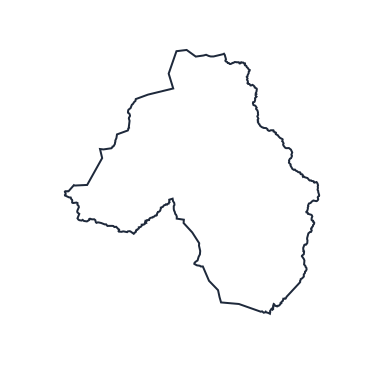 Machaze, Manica, Mozambique, rotated 253°
{"feature_id": "85939544B88211826741163", "entity_name": "Machaze", "entity_type": "district", "adm_level": 2, "iso_a3": "MOZ", "parent_name": "Mozambique", "parent_adm1": "Manica", "projection": "natural_earth1", "projection_center": [33.202, -20.936], "detail": "fine", "context": "isolated", "style": "outline", "palette": "slate", "viewbox_px": 384, "rotation_deg": 253, "n_neighbors": 0, "source": "geoboundaries", "source_scale": "gbopen_adm2", "svg_char_len": 6048}
<svg xmlns="http://www.w3.org/2000/svg" viewBox="0 0 384 384"><g transform="rotate(253 192 192)"><path d="M229.4,70.5L227.3,70.7L226.6,70.4L226.3,69.6L225.8,69.5L222.7,73.0L222.2,74.4L220.3,74.5L219.6,75.0L218.9,75.0L217.0,74.3L216.6,74.5L216.2,75.2L215.7,78.4L214.9,79.3L213.4,78.7L212.1,79.4L210.6,79.4L207.9,77.1L206.8,76.5L205.9,76.5L204.0,77.8L200.3,74.8L198.8,75.3L198.0,76.0L197.0,78.0L197.3,79.3L196.3,79.8L195.8,80.4L194.6,82.9L195.3,85.6L196.1,85.7L196.3,86.2L196.2,86.8L195.1,88.3L194.5,90.5L193.4,91.3L191.1,91.2L190.4,91.7L190.5,93.1L190.2,93.8L188.9,96.1L186.5,99.1L186.2,100.4L184.3,101.2L183.0,105.7L182.4,106.9L181.2,107.5L180.9,109.3L177.9,110.8L177.6,111.2L177.1,111.3L176.0,110.3L175.5,110.5L174.5,113.1L174.5,114.4L174.3,115.1L172.6,118.2L173.1,119.1L172.8,120.8L172.3,121.6L169.3,123.9L169.5,124.1L169.3,124.7L170.0,125.2L170.1,126.3L170.7,126.9L171.4,127.1L172.1,127.9L171.8,128.7L172.3,129.3L172.7,130.5L173.8,130.8L173.6,132.1L173.9,133.4L174.9,134.2L174.9,134.7L175.4,134.6L175.0,136.8L175.7,138.4L175.8,139.2L176.6,139.0L176.3,138.6L176.5,138.1L178.1,139.1L177.6,140.2L177.7,140.6L178.2,140.5L178.3,140.8L177.9,141.7L178.1,142.2L177.8,142.8L178.9,143.5L179.3,144.3L179.4,145.9L179.1,146.8L179.6,147.4L179.5,148.5L180.3,150.1L179.9,150.7L180.0,151.5L181.9,152.5L182.1,153.0L182.9,153.6L182.8,154.6L183.1,155.6L183.8,156.4L184.7,156.8L185.9,158.0L186.2,157.9L186.4,160.0L187.3,161.0L187.5,161.8L187.4,162.6L187.8,163.3L187.9,163.6L187.2,164.3L187.8,165.3L187.7,166.3L188.7,167.0L188.8,167.5L190.0,167.5L190.4,167.9L191.3,168.0L191.3,171.5L188.8,171.2L186.9,171.8L185.4,171.6L184.7,171.4L183.8,170.4L181.1,169.6L179.3,169.4L178.6,169.7L175.9,169.6L175.0,170.1L173.1,170.3L171.0,169.6L167.9,176.1L164.8,174.9L153.3,180.4L140.9,183.9L138.7,183.0L133.2,182.6L130.0,181.3L128.1,179.4L124.9,177.3L124.2,174.9L123.2,173.4L122.5,173.2L120.4,175.3L119.2,177.9L118.2,178.6L117.6,180.6L102.1,182.3L90.5,188.2L83.4,187.6L77.9,187.5L71.2,204.1L57.4,222.8L57.4,224.1L55.6,225.3L55.5,226.6L56.0,227.5L55.3,227.7L54.0,229.7L52.8,230.9L54.3,231.7L55.3,231.8L57.0,233.8L57.0,234.6L56.0,234.7L56.3,235.4L57.3,235.6L57.2,235.1L57.5,235.0L58.2,236.1L59.1,236.1L61.0,237.4L60.6,237.8L58.7,238.3L58.3,239.5L57.7,239.9L57.7,240.4L58.1,240.8L57.9,241.6L58.1,242.4L59.0,243.8L59.7,244.1L59.5,244.6L59.7,245.1L60.4,245.1L60.9,245.7L61.4,247.1L63.2,248.1L62.9,248.7L63.2,249.3L62.7,249.9L62.7,250.4L64.2,251.9L73.9,268.6L74.4,269.2L75.3,269.3L76.3,270.3L76.9,270.5L77.2,272.0L78.4,274.2L80.5,274.8L81.5,276.3L82.8,276.8L83.4,278.1L84.6,279.0L86.2,279.2L87.2,278.7L88.2,278.8L89.9,278.0L93.7,279.5L95.5,279.3L98.5,278.3L98.9,278.5L99.8,280.7L101.8,281.6L102.5,281.3L102.7,281.6L103.1,281.3L103.4,281.7L104.5,281.6L106.0,282.0L108.6,284.0L108.7,285.0L108.3,285.3L108.3,285.7L109.5,287.3L112.0,288.3L113.3,288.3L114.4,288.7L118.4,291.2L119.3,293.3L119.0,294.0L119.2,294.4L120.4,295.3L121.7,295.0L122.4,295.3L122.6,296.1L123.4,296.6L123.8,297.5L125.1,298.2L125.5,299.1L126.7,299.9L127.5,299.8L128.1,299.1L129.1,299.4L129.7,298.5L130.4,298.2L132.1,298.8L133.4,299.9L134.7,299.8L135.5,299.2L137.2,296.5L138.3,296.6L139.0,295.5L139.6,295.5L140.3,296.7L142.3,298.0L143.4,298.2L144.2,299.0L145.1,299.0L146.8,300.4L146.8,302.1L147.9,303.9L148.0,304.7L148.4,305.5L146.9,308.2L146.9,308.9L147.4,309.9L148.2,310.6L150.2,310.7L150.8,311.4L151.0,312.3L151.8,312.7L155.0,312.7L156.3,313.0L157.4,312.7L159.0,313.6L160.7,313.9L161.5,314.5L163.6,314.5L165.1,314.0L165.2,311.7L165.6,311.4L166.4,311.6L166.8,311.3L167.6,309.6L168.4,309.1L168.4,308.2L169.0,307.6L171.6,306.5L173.1,304.2L174.0,303.6L173.9,302.6L174.7,302.5L175.3,302.9L176.3,302.8L176.8,302.4L176.9,301.8L177.3,301.2L178.0,301.0L178.5,301.3L179.3,301.0L179.9,299.4L181.1,298.7L181.6,297.9L183.4,296.9L183.3,296.0L184.6,294.8L188.5,293.9L189.0,294.3L189.8,294.3L191.2,293.4L191.8,293.3L192.8,293.9L193.8,294.0L195.2,295.4L195.4,296.6L197.0,298.0L197.6,298.2L198.5,297.9L200.5,299.4L203.6,299.0L205.7,297.5L206.4,294.8L207.2,294.0L209.8,293.0L211.0,293.1L211.7,293.8L213.3,293.6L214.2,293.1L215.4,294.0L216.1,294.0L218.0,292.0L220.0,291.0L221.0,290.8L222.8,289.1L223.4,289.0L223.9,289.6L224.2,289.6L226.0,287.7L226.6,288.0L227.2,287.9L228.0,285.3L227.8,284.3L227.9,283.6L229.0,282.5L230.1,282.5L231.4,281.6L232.5,278.9L233.1,278.6L233.6,277.7L235.6,276.4L237.0,276.3L237.4,275.9L239.8,275.4L240.4,276.0L241.7,275.8L242.7,276.9L245.3,276.6L246.4,277.8L248.0,278.0L248.9,278.4L251.0,278.4L252.5,277.6L253.1,277.7L253.8,278.5L256.0,277.8L257.2,276.2L259.1,276.2L260.0,276.7L259.9,278.0L260.2,278.4L261.8,279.4L263.3,279.7L264.3,281.6L265.2,281.1L266.2,281.1L266.8,282.2L267.8,281.8L269.1,283.0L271.5,284.1L272.1,284.0L273.6,282.5L274.4,282.7L275.9,281.9L276.8,281.1L276.6,279.6L276.8,279.1L278.5,278.5L278.9,277.3L279.9,276.9L280.2,277.5L282.0,277.8L283.3,277.4L284.3,278.3L286.0,278.0L286.4,278.9L287.3,279.2L289.0,280.9L290.6,281.5L290.8,282.2L291.7,282.9L292.6,282.1L294.6,281.5L295.3,280.9L296.8,280.8L297.7,279.7L298.5,279.6L299.0,280.2L299.5,280.3L300.1,279.2L300.8,278.8L301.0,277.9L301.6,277.3L301.7,276.8L301.6,276.5L301.0,276.2L300.9,275.3L301.2,274.9L302.2,274.8L302.6,274.2L302.9,272.8L303.3,272.2L303.8,270.7L303.4,269.5L303.6,268.4L303.2,267.4L303.2,266.0L303.5,265.4L304.6,264.9L304.9,263.9L306.1,263.6L306.9,262.6L307.5,262.3L308.1,262.4L308.9,263.3L313.6,263.4L314.9,263.0L314.7,262.0L315.3,252.4L316.1,249.6L317.2,247.8L319.1,245.6L319.2,242.8L320.4,235.2L329.4,228.4L331.2,218.3L312.0,204.3L296.5,204.3L298.0,178.4L297.3,165.4L295.6,164.5L294.9,162.9L293.5,161.3L293.0,160.0L290.2,157.8L289.3,155.4L288.8,154.9L287.1,154.1L286.5,154.0L285.3,155.0L283.4,155.1L282.4,154.6L281.7,153.6L280.7,153.1L278.3,153.1L272.7,150.6L271.8,150.6L271.4,149.6L270.5,149.4L269.6,148.6L269.0,137.1L265.7,135.5L263.6,133.7L262.4,133.4L262.1,133.0L260.5,132.3L258.8,130.5L258.6,129.9L258.7,129.3L258.0,128.8L257.4,127.7L258.6,119.8L260.0,116.6L250.7,116.0L229.4,93.8L232.5,81.6L233.1,81.1L228.8,74.1L229.0,73.1L229.4,72.8L229.3,72.1L229.8,71.1L229.4,70.5Z" fill="none" stroke="#1e293b" stroke-width="2"/></g></svg>